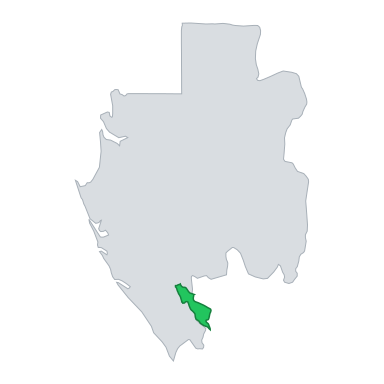 Doutsita, Gabon (highlighted)
{"feature_id": "22940354B92057182831829", "entity_name": "Doutsita", "entity_type": "district", "adm_level": 2, "iso_a3": "GAB", "parent_name": "Gabon", "parent_adm1": "", "projection": "equal_earth", "projection_center": [11.621, -2.919], "detail": "fine", "context": "in_parent", "style": "filled", "palette": "green", "viewbox_px": 384, "rotation_deg": 0, "n_neighbors": 0, "source": "geoboundaries", "source_scale": "gbopen_adm2", "svg_char_len": 4819}
<svg xmlns="http://www.w3.org/2000/svg" viewBox="0 0 384 384"><path d="M260.6,30.7L260.4,34.5L257.3,43.8L255.7,51.0L255.4,58.6L256.3,64.7L257.8,69.1L258.8,73.9L258.0,77.2L256.5,78.6L257.5,80.3L259.9,80.7L263.8,79.3L269.9,76.7L277.9,73.0L283.2,71.0L291.8,72.3L296.4,73.7L298.8,76.3L301.4,87.2L302.6,88.9L304.7,93.6L306.5,99.2L306.9,102.0L306.7,104.1L304.9,107.1L302.9,111.5L302.2,114.2L300.6,116.2L298.5,118.2L292.7,119.0L291.8,120.2L290.2,124.9L287.1,128.9L285.7,132.7L284.5,137.8L284.8,144.1L284.1,153.1L283.5,159.2L285.0,161.4L292.0,162.8L293.3,164.1L295.1,167.8L297.5,171.4L303.8,173.6L306.3,176.4L308.3,179.3L308.6,181.8L307.1,191.6L305.7,201.0L306.3,208.2L306.8,215.0L307.5,225.0L307.2,231.1L305.4,234.8L305.4,237.7L306.2,241.2L304.6,250.9L303.6,252.5L300.8,254.3L299.3,256.9L298.8,261.0L297.3,266.6L295.7,268.7L295.7,271.3L297.2,273.2L297.2,276.1L294.4,279.6L292.6,282.2L288.9,283.5L284.6,282.2L283.5,280.2L284.6,277.2L284.2,274.8L282.7,272.3L280.4,265.8L278.4,264.4L277.3,267.1L273.7,272.0L267.5,278.4L263.2,278.9L255.2,276.9L248.5,273.9L245.3,266.4L243.3,260.3L240.5,253.2L237.3,249.8L233.8,247.6L232.3,247.5L227.4,251.4L225.9,253.0L225.9,256.3L226.4,259.5L227.1,261.0L227.8,263.0L227.6,266.1L226.8,270.2L226.5,274.8L211.1,279.3L208.4,277.7L206.5,275.6L204.1,276.0L197.4,278.3L195.0,276.7L192.6,275.5L191.4,276.5L191.3,278.4L192.5,289.2L192.1,293.3L190.6,298.7L189.8,302.3L193.9,303.3L195.4,305.0L196.8,307.8L198.8,310.3L198.9,311.8L196.7,314.6L195.9,318.1L197.0,320.8L199.8,323.6L203.8,326.6L205.8,328.5L205.6,330.3L203.7,334.0L203.0,337.2L201.7,340.1L202.0,342.7L203.8,345.2L203.6,347.4L202.4,349.0L199.8,348.7L197.7,348.9L195.8,348.2L189.8,339.7L188.5,339.5L179.8,346.0L177.6,348.7L175.8,352.6L173.4,361.0L169.4,356.1L166.0,347.2L162.0,341.7L153.7,332.8L151.4,326.3L141.8,311.9L128.1,297.5L118.1,285.0L116.6,282.3L118.3,282.6L127.9,288.8L129.2,288.1L130.3,286.7L126.2,283.5L122.2,280.9L118.5,279.3L114.7,279.5L112.7,276.8L111.3,272.8L110.6,269.4L109.0,265.8L103.7,258.4L102.4,255.5L99.5,251.6L101.3,251.1L106.9,254.8L107.4,253.3L106.9,251.1L101.3,247.6L98.2,247.4L97.5,244.9L97.9,242.0L93.8,231.2L89.6,223.1L88.9,219.3L100.3,236.9L101.8,237.2L103.8,237.0L108.6,235.0L107.7,232.7L105.5,230.2L103.5,231.3L100.8,231.6L99.4,230.5L98.7,228.7L101.4,220.2L100.3,220.6L99.4,222.1L97.9,222.9L95.7,223.3L90.0,218.7L85.1,206.4L83.8,203.9L82.5,199.6L81.1,197.8L75.4,180.3L77.6,181.6L80.2,186.7L85.3,185.6L87.2,182.7L89.0,182.8L90.7,182.1L92.9,179.3L99.4,167.3L101.1,151.3L100.5,141.9L99.6,132.5L101.7,129.5L102.6,131.5L103.0,134.8L104.0,137.3L106.3,139.5L110.6,140.1L117.2,143.5L119.6,145.8L120.2,141.3L127.8,137.6L125.5,136.2L118.8,137.7L109.5,132.1L106.4,128.5L103.5,121.7L100.5,118.2L100.7,115.0L107.4,112.0L109.2,112.4L109.9,115.9L111.7,117.3L112.4,116.8L112.7,113.8L112.7,105.8L110.6,94.3L111.3,92.1L113.1,91.3L114.7,89.7L115.9,89.5L118.1,89.7L119.3,92.4L119.9,93.9L122.1,94.6L124.0,96.0L125.6,95.6L127.0,93.9L128.9,93.6L135.0,93.6L140.5,93.6L151.5,93.7L162.4,93.7L173.4,93.8L181.7,93.8L181.6,87.2L181.6,77.1L181.5,65.1L181.5,53.6L181.4,42.9L181.4,30.4L181.8,26.8L182.4,25.3L182.2,23.2L190.7,23.0L206.0,24.0L212.7,23.8L214.7,24.0L223.0,23.4L229.8,24.2L232.7,25.1L235.3,25.5L243.5,26.1L254.1,25.4L257.7,25.5L259.7,27.3L260.6,30.7Z" fill="#d9dde1" stroke="#a8b0b8" stroke-width="1"/><path d="M210.2,329.7L210.2,329.0L209.8,327.7L209.5,326.8L209.0,325.6L208.6,324.4L208.1,323.6L207.0,322.7L206.3,322.0L205.9,320.9L206.2,320.2L207.0,319.9L207.9,319.8L208.5,319.2L208.9,318.1L209.3,316.5L209.5,315.4L209.9,313.5L210.7,311.8L211.0,310.3L210.6,309.2L209.9,308.7L207.9,307.7L205.6,306.3L203.4,305.1L201.2,304.1L198.1,302.7L196.4,302.1L194.9,301.5L193.7,300.4L193.3,299.1L193.3,297.6L193.6,296.2L193.8,294.7L194.2,294.5L193.3,294.2L192.4,293.8L191.1,293.4L190.2,293.1L189.6,292.8L189.0,292.1L188.1,291.0L187.3,289.7L186.5,288.6L185.8,287.7L185.1,287.4L184.4,287.3L183.4,287.3L182.6,287.1L181.7,286.4L180.9,285.4L180.5,284.5L180.3,283.9L179.3,284.6L178.7,284.6L178.0,284.8L177.4,285.4L176.9,285.5L175.5,285.6L175.5,286.9L176.0,287.3L176.4,287.9L176.8,288.9L177.3,290.7L177.7,291.6L178.0,292.1L178.3,292.9L178.5,293.6L178.9,294.2L179.5,295.1L180.1,296.2L180.6,297.3L180.9,298.5L181.2,299.5L181.7,301.1L181.7,301.9L181.8,301.9L182.2,302.0L182.6,302.6L182.7,303.1L183.5,303.1L184.4,303.0L184.9,302.6L185.3,302.0L185.9,301.7L186.9,301.6L187.8,301.9L188.2,302.9L188.6,303.8L189.1,305.6L189.5,306.6L190.2,308.3L190.6,309.1L191.2,309.9L191.6,310.4L192.0,310.5L192.9,311.4L194.0,312.6L194.9,313.8L195.1,314.8L195.2,316.0L195.4,317.3L195.7,318.2L196.1,319.3L196.5,319.7L197.2,319.9L198.1,320.5L198.9,321.2L199.5,321.7L199.8,322.4L200.0,322.8L200.7,323.5L201.9,324.3L202.8,324.9L203.7,325.5L204.7,325.9L205.5,326.2L206.4,326.5L207.0,326.7L207.8,327.2L209.1,328.7L210.2,329.7Z" fill="#22c55e" stroke="#15803d" stroke-width="1.5"/></svg>